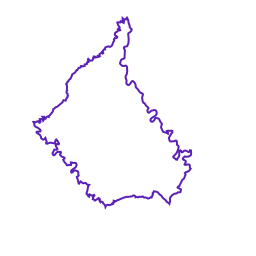 Bom Jesus, Rio Grande do Sul, Brazil (Mercator projection), rotated 46°
{"feature_id": "56859067B89984831429306", "entity_name": "Bom Jesus", "entity_type": "district", "adm_level": 2, "iso_a3": "BRA", "parent_name": "Brazil", "parent_adm1": "Rio Grande do Sul", "projection": "mercator", "projection_center": [-50.435, -28.545], "detail": "fine", "context": "isolated", "style": "outline", "palette": "violet", "viewbox_px": 256, "rotation_deg": 46, "n_neighbors": 0, "source": "geoboundaries", "source_scale": "gbopen_adm2", "svg_char_len": 5798}
<svg xmlns="http://www.w3.org/2000/svg" viewBox="0 0 256 256"><g transform="rotate(46 128 128)"><path d="M47.9,52.1L48.0,53.2L48.5,54.0L47.0,55.5L45.3,55.6L47.1,57.4L48.4,56.7L49.4,58.1L46.2,59.1L46.7,59.7L46.6,60.4L45.3,61.4L44.7,62.4L47.4,63.7L49.8,64.1L49.9,66.3L51.5,65.3L52.2,65.6L51.9,66.5L50.7,67.2L51.2,68.6L50.6,71.0L51.3,72.3L52.0,72.8L53.5,72.8L54.2,72.4L55.1,72.5L55.4,73.4L54.9,74.6L54.1,75.0L54.5,76.6L55.7,77.5L55.8,78.4L56.6,80.4L57.3,81.4L57.5,82.9L57.3,84.3L56.7,85.0L55.6,85.4L54.3,88.2L54.8,89.5L55.5,89.9L54.8,91.0L55.1,93.3L56.1,93.2L57.0,93.8L56.8,94.6L55.4,94.9L55.1,97.2L55.9,98.2L56.8,98.3L56.6,99.4L55.5,99.1L55.0,99.7L55.6,101.0L54.6,102.7L53.8,102.2L52.8,102.8L53.1,104.1L54.2,105.2L54.6,106.8L53.2,108.6L50.7,108.6L51.0,109.4L53.1,110.7L52.3,112.0L52.9,112.4L53.4,113.2L52.2,115.0L53.3,116.2L52.1,117.8L51.2,118.2L50.7,119.0L51.5,119.8L51.2,120.9L50.5,121.8L51.1,124.3L50.6,124.9L51.3,127.2L50.7,131.0L51.5,132.3L52.6,135.2L52.4,136.9L52.6,137.8L53.0,138.5L52.7,139.3L53.4,141.1L53.4,142.0L55.1,142.4L57.6,144.9L58.7,145.6L58.7,146.4L59.9,147.7L61.2,147.6L62.1,148.4L63.1,148.7L63.2,149.6L63.8,150.0L64.1,152.3L65.0,153.9L63.2,155.1L63.5,156.3L64.0,157.2L63.5,164.1L62.7,165.9L62.9,167.1L62.5,168.7L63.3,169.5L64.2,171.8L64.1,172.7L64.4,173.4L64.3,174.4L64.6,175.7L64.4,176.6L65.0,177.4L63.7,178.0L63.4,179.6L64.1,180.6L63.8,181.4L62.7,180.6L61.6,180.6L60.6,181.7L61.8,181.8L63.6,182.7L63.8,183.9L63.1,183.5L62.1,183.5L61.0,184.3L60.3,185.3L62.0,185.9L61.3,187.0L62.9,187.4L62.6,188.1L61.6,187.8L60.6,188.1L60.5,188.8L59.8,189.3L59.8,190.2L59.4,190.9L58.3,191.3L57.9,191.8L59.4,192.3L61.5,193.6L63.5,193.5L65.1,192.7L67.2,192.4L68.5,192.4L69.2,192.7L69.6,193.4L67.3,196.4L67.9,197.0L71.6,196.2L73.7,196.6L75.1,197.6L77.3,197.2L77.8,196.6L77.7,194.3L81.5,196.1L81.7,197.1L82.3,197.6L83.2,197.0L84.3,194.5L84.8,193.8L87.9,191.7L87.6,190.6L86.5,188.5L86.4,187.6L87.3,187.5L91.2,188.4L91.6,189.1L91.2,189.8L89.5,190.7L90.1,191.9L91.1,192.5L93.7,193.1L94.4,193.6L94.1,194.4L92.4,195.9L93.7,199.8L94.4,200.3L95.8,200.5L96.4,199.8L96.1,196.2L96.3,195.4L98.4,193.0L99.3,193.4L99.9,195.5L101.9,195.6L103.0,195.4L104.8,194.4L105.6,194.5L105.8,195.4L105.8,196.7L108.6,197.4L111.1,197.4L112.2,197.9L113.0,197.2L113.5,196.0L115.0,194.8L114.2,193.7L113.1,193.0L114.0,192.2L115.0,191.8L116.1,190.4L116.7,190.0L117.5,189.9L119.0,190.7L119.8,192.6L119.8,193.8L119.2,197.2L119.2,198.1L119.5,198.8L120.4,199.6L121.1,199.5L121.3,198.5L121.1,196.6L122.1,195.2L124.4,194.2L125.5,194.6L127.1,196.2L127.8,196.4L128.0,197.4L127.6,198.7L128.5,199.4L130.0,199.8L133.3,201.9L134.0,201.9L133.5,199.3L136.3,198.8L136.9,198.4L138.0,196.6L139.8,196.7L140.8,196.4L141.9,195.5L142.2,197.1L145.3,201.4L145.8,202.7L146.6,203.6L147.3,203.6L147.9,203.2L149.0,203.9L150.4,203.7L149.2,201.7L151.8,200.8L152.5,198.9L153.2,199.0L153.4,199.8L153.1,200.9L153.4,201.4L154.2,201.8L154.8,202.8L155.8,202.2L157.3,202.1L158.0,197.8L158.9,197.6L159.7,197.7L159.6,198.5L161.2,199.3L162.2,199.3L161.9,198.5L163.8,197.7L164.5,197.8L165.1,198.2L167.2,198.1L168.2,198.4L169.1,199.0L168.6,197.6L168.9,196.2L170.7,194.8L172.1,191.8L171.3,191.7L171.7,190.4L170.6,189.1L171.7,189.0L171.4,188.1L172.2,187.7L172.6,185.5L173.1,184.8L174.9,180.0L176.5,176.8L177.2,176.3L180.1,172.4L180.2,171.3L180.6,170.5L182.2,170.1L183.1,170.7L183.7,169.7L185.1,168.6L185.1,167.8L186.9,166.2L187.5,164.9L188.2,165.0L189.4,164.6L190.0,163.7L191.5,162.9L192.5,162.7L193.2,161.8L193.6,160.2L194.3,159.4L193.7,158.9L194.0,158.2L193.6,157.2L193.1,156.8L193.0,156.0L192.0,155.5L192.1,154.7L191.5,153.4L193.7,151.7L195.0,151.3L197.9,151.4L199.8,151.0L202.4,151.5L206.6,151.0L207.8,151.5L210.4,150.8L211.3,150.9L210.0,148.6L207.9,146.9L207.3,145.7L207.0,143.1L207.5,140.2L208.6,138.9L208.9,137.8L208.8,137.1L210.5,134.9L209.9,133.7L209.0,132.6L205.3,133.7L204.9,132.9L205.4,131.5L203.1,125.1L203.2,122.5L202.1,120.5L201.7,119.2L200.8,118.6L199.9,118.4L200.0,117.0L200.4,116.3L201.3,113.9L200.8,111.2L199.7,111.2L197.8,109.5L196.9,109.4L195.9,110.1L194.3,112.5L193.5,112.6L192.7,110.2L192.0,109.5L190.9,109.6L189.0,110.2L188.3,110.1L187.9,109.3L187.8,107.1L189.3,105.9L190.7,104.2L191.2,102.1L191.0,101.3L190.4,100.5L187.9,98.3L187.1,98.8L187.7,100.2L187.4,101.2L184.9,101.9L183.8,102.7L183.3,103.6L183.3,105.4L182.8,106.2L181.2,105.7L180.5,105.8L180.2,106.5L181.2,108.1L183.4,110.3L183.9,111.2L184.4,113.8L184.9,114.7L184.2,115.3L183.4,115.2L180.9,115.8L180.0,115.3L179.8,110.8L179.3,109.1L177.9,106.3L176.7,104.6L175.8,104.2L174.0,104.4L171.7,102.3L170.9,102.0L170.3,102.2L169.5,104.1L167.6,106.4L166.9,106.9L166.1,106.9L163.7,105.7L163.3,104.9L162.6,102.2L162.2,101.2L162.0,99.5L161.7,98.8L161.0,98.2L160.3,98.5L159.3,99.7L157.7,101.1L157.1,102.2L157.9,102.6L159.5,102.6L159.9,103.2L158.3,103.6L155.4,105.3L154.7,105.3L150.9,104.0L150.0,103.2L148.8,101.0L148.2,100.6L145.8,100.4L143.5,99.5L142.4,99.5L140.3,100.7L139.9,101.6L140.5,103.3L140.7,105.1L140.5,105.9L139.9,106.6L139.1,106.9L138.3,106.7L137.3,105.5L137.3,103.6L138.2,99.7L138.0,98.0L136.5,96.4L135.1,95.8L133.7,96.2L133.1,97.0L132.0,98.9L131.7,99.9L131.7,101.9L131.2,102.6L130.4,102.7L129.1,102.1L128.5,101.3L127.9,99.5L126.9,99.3L124.5,99.5L121.6,98.9L120.7,99.4L119.1,99.0L115.9,96.7L114.3,94.0L113.5,93.6L110.8,94.6L106.2,94.0L104.2,94.1L101.8,92.3L99.9,91.8L98.3,91.7L97.3,92.2L97.1,93.1L97.7,95.6L97.6,97.6L96.9,98.2L95.7,98.4L95.0,98.2L94.1,97.7L93.1,96.2L89.9,94.6L88.9,93.4L88.5,91.7L86.8,89.3L83.3,86.2L82.0,86.1L81.3,86.5L80.6,87.9L79.8,88.6L78.7,89.1L76.2,89.0L75.6,88.4L74.3,85.7L74.3,84.7L75.1,83.1L75.3,82.0L70.0,76.3L67.7,75.5L67.2,75.0L67.2,74.0L68.5,72.1L68.3,71.1L67.2,68.7L64.6,65.8L60.5,62.6L60.1,61.8L60.5,59.7L60.5,58.9L60.3,57.9L59.8,57.0L59.0,56.7L58.2,57.0L56.7,56.7L55.6,55.8L52.7,54.5L50.3,52.8L47.9,52.1Z" fill="none" stroke="#5b21b6" stroke-width="2"/></g></svg>